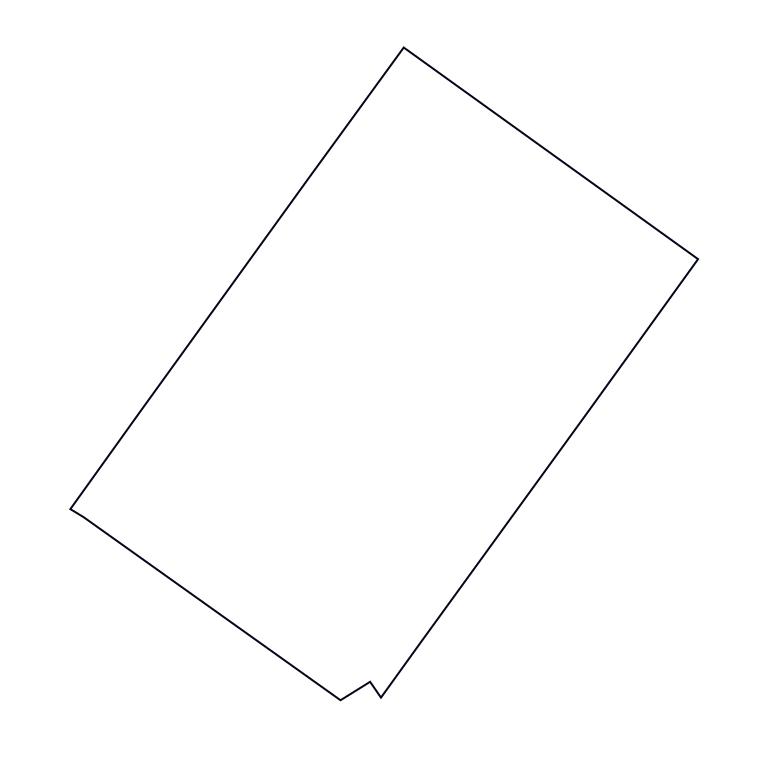 Hutchinson, South Dakota, United States of America (Mercator projection), rotated 306°
{"feature_id": "52423323B28340480700764", "entity_name": "Hutchinson", "entity_type": "district", "adm_level": 2, "iso_a3": "USA", "parent_name": "United States of America", "parent_adm1": "South Dakota", "projection": "mercator", "projection_center": [-97.883, 43.334], "detail": "fine", "context": "isolated", "style": "outline", "palette": "ink", "viewbox_px": 768, "rotation_deg": 306, "n_neighbors": 0, "source": "geoboundaries", "source_scale": "gbopen_adm2", "svg_char_len": 307}
<svg xmlns="http://www.w3.org/2000/svg" viewBox="0 0 768 768"><g transform="rotate(306 384 384)"><path d="M98.4,203.8L99.7,219.1L102.6,534.7L134.9,547.8L128.5,565.9L197.2,565.6L479.4,565.4L669.6,564.7L667.8,202.2L503.7,202.1L218.3,203.0L98.4,203.8Z" fill="none" stroke="#020617" stroke-width="2"/></g></svg>